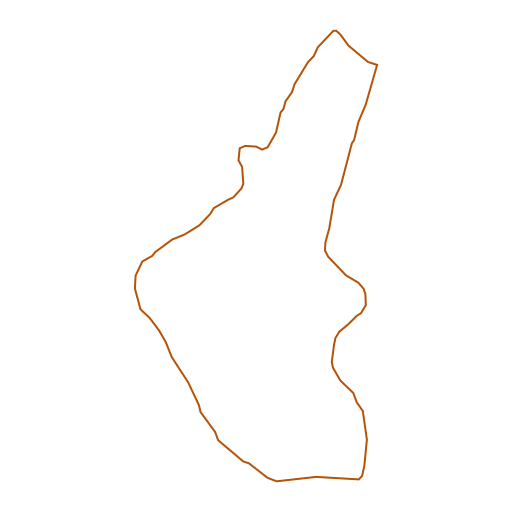 the district of San Andrés Semetabaj, Sololá, Guatemala
{"feature_id": "79465075B93234456554890", "entity_name": "San Andrés Semetabaj", "entity_type": "district", "adm_level": 2, "iso_a3": "GTM", "parent_name": "Guatemala", "parent_adm1": "Sololá", "projection": "mercator", "projection_center": [-91.099, 14.754], "detail": "fine", "context": "isolated", "style": "outline", "palette": "amber", "viewbox_px": 512, "rotation_deg": 0, "n_neighbors": 0, "source": "geoboundaries", "source_scale": "gbopen_adm2", "svg_char_len": 1112}
<svg xmlns="http://www.w3.org/2000/svg" viewBox="0 0 512 512"><path d="M239.7,148.3L238.5,160.3L242.1,166.9L243.3,183.9L241.4,188.5L233.3,197.4L228.0,199.8L213.8,208.1L210.2,214.0L199.3,225.4L184.5,234.5L172.1,239.6L155.3,252.0L152.2,255.9L142.3,261.5L135.6,275.6L134.9,288.6L140.5,309.3L149.7,318.0L159.1,330.5L165.8,342.2L171.7,357.0L188.2,382.4L199.0,405.3L200.5,412.0L215.2,432.1L218.1,440.2L243.3,461.5L248.9,463.3L267.5,477.8L276.6,481.3L316.1,476.9L358.8,479.4L362.1,475.9L364.3,466.1L366.9,439.7L362.8,411.0L356.7,402.2L353.3,393.0L340.4,380.6L332.9,367.6L331.8,361.8L334.0,345.0L335.4,338.1L339.4,331.6L347.9,324.6L356.7,315.9L361.1,313.1L365.8,305.1L365.4,294.1L363.6,288.8L358.4,282.7L346.0,275.4L328.1,256.6L325.0,250.6L325.4,242.6L329.3,228.2L334.0,199.8L341.0,184.9L351.9,143.2L354.1,140.0L358.5,121.7L365.7,104.7L377.1,64.9L368.0,62.0L348.5,45.6L340.3,34.4L336.1,30.7L333.3,30.9L317.7,47.4L313.8,56.1L308.2,61.8L294.5,84.3L291.9,92.3L285.6,101.2L283.3,109.3L280.6,112.3L276.0,132.7L267.6,147.3L262.1,149.6L256.1,146.6L245.1,145.9L239.7,148.3Z" fill="none" stroke="#b45309" stroke-width="2"/></svg>